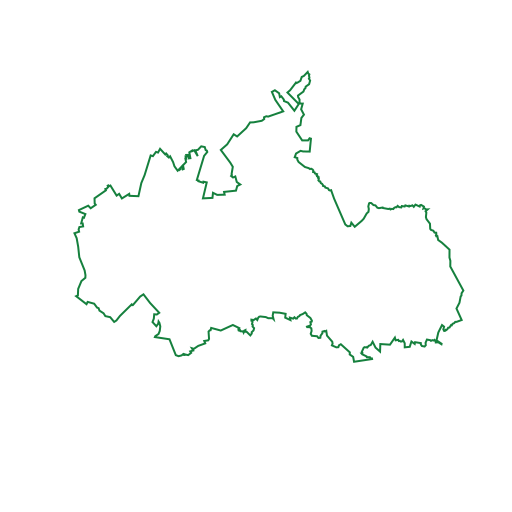 outline of San Luis de la Paz, Guanajuato, Mexico, rotated 68°
{"feature_id": "50627088B5782289806416", "entity_name": "San Luis de la Paz", "entity_type": "district", "adm_level": 2, "iso_a3": "MEX", "parent_name": "Mexico", "parent_adm1": "Guanajuato", "projection": "albers", "projection_center": [-100.461, 21.381], "detail": "fine", "context": "isolated", "style": "outline", "palette": "green", "viewbox_px": 512, "rotation_deg": 68, "n_neighbors": 0, "source": "geoboundaries", "source_scale": "gbopen_adm2", "svg_char_len": 6118}
<svg xmlns="http://www.w3.org/2000/svg" viewBox="0 0 512 512"><g transform="rotate(68 256 256)"><path d="M322.5,356.0L321.5,352.4L319.8,352.7L320.1,349.6L317.5,350.0L318.8,348.4L317.7,343.2L318.0,335.8L315.4,335.8L316.3,331.9L315.3,330.6L308.3,328.3L307.6,326.8L307.8,325.9L305.9,324.5L311.9,316.6L311.3,303.3L316.5,298.6L317.2,299.7L318.5,300.0L318.9,299.6L318.6,298.6L320.0,298.5L321.0,296.3L322.3,296.2L320.8,294.9L320.7,293.6L322.2,294.4L322.7,293.1L327.5,291.0L326.3,289.0L325.0,288.5L324.1,286.2L322.2,284.8L320.1,285.6L318.8,284.8L317.6,285.2L315.8,283.9L314.9,283.8L314.3,284.5L313.3,284.1L314.5,282.2L313.9,279.5L315.8,278.8L314.0,277.0L313.5,275.8L313.7,274.6L316.3,269.8L318.2,268.0L319.9,263.9L321.1,263.4L317.6,262.9L314.7,261.1L317.4,255.4L320.7,250.2L324.1,252.0L328.3,248.1L325.9,247.6L328.0,245.0L327.2,243.3L328.9,242.6L329.3,241.5L328.1,240.0L328.0,238.3L327.3,237.4L327.3,234.3L326.7,231.5L328.5,230.8L329.9,231.1L333.8,228.8L336.9,228.4L337.7,228.9L337.7,230.4L340.0,230.7L340.8,231.9L340.6,235.2L341.1,235.2L342.2,232.7L343.8,231.8L346.3,232.5L348.6,234.4L350.9,234.1L353.3,229.4L355.4,228.8L355.9,227.0L354.0,225.9L352.5,223.4L351.0,222.7L351.2,220.6L351.8,220.4L351.7,218.9L356.4,220.0L364.0,217.4L365.9,217.8L367.3,219.1L370.8,215.7L371.4,213.8L369.9,212.5L369.6,210.4L380.5,205.1L382.4,206.0L385.9,203.7L390.8,204.7L395.0,187.0L394.4,186.9L394.1,187.9L392.5,188.3L391.3,191.2L390.5,191.1L387.0,194.3L386.4,194.5L386.6,194.1L385.6,193.6L384.7,194.0L381.4,190.5L381.2,189.5L382.2,187.8L382.0,187.3L382.5,187.0L381.5,185.1L381.5,182.9L379.2,180.0L385.7,179.5L391.1,176.8L384.2,173.7L388.4,165.0L383.7,157.8L386.5,158.1L387.0,155.5L388.4,155.4L388.7,154.4L389.6,153.8L389.9,152.7L388.9,151.1L392.6,150.8L396.4,152.3L397.8,147.5L393.5,143.9L397.0,141.8L395.5,140.8L398.5,135.8L399.8,136.3L401.6,135.9L403.1,133.6L402.3,132.0L400.0,131.3L397.5,128.8L399.6,125.6L400.2,125.5L400.2,123.7L401.1,122.7L400.7,121.9L402.3,121.3L403.5,121.7L404.3,119.3L407.3,117.1L406.9,116.8L401.8,120.2L395.2,115.6L389.7,109.4L392.0,108.1L394.2,109.8L396.0,109.6L396.2,108.7L395.5,107.9L396.0,107.4L395.5,105.9L394.5,104.7L394.8,103.4L393.1,101.0L393.6,100.5L392.5,99.1L392.5,97.4L391.7,95.9L392.2,94.7L392.4,89.3L379.8,89.8L375.6,84.9L370.2,81.4L369.6,80.3L367.6,79.4L365.7,76.7L338.5,79.8L333.3,77.6L329.9,77.2L322.6,74.2L313.2,78.7L309.4,81.1L305.5,80.4L305.3,81.4L304.2,81.5L303.6,80.7L301.9,80.2L301.2,81.7L299.0,82.1L297.3,84.0L296.1,84.3L291.2,82.6L285.7,84.1L283.6,83.9L279.6,81.8L278.0,82.0L277.1,79.4L276.7,80.6L274.7,82.1L274.7,83.0L273.1,81.8L270.5,83.8L270.4,84.8L271.5,85.7L268.1,88.9L269.5,91.3L267.6,92.0L267.6,93.9L266.8,95.1L267.4,95.6L265.0,98.6L265.8,99.6L264.3,102.1L265.4,103.1L264.3,105.0L262.6,105.9L263.5,107.5L263.0,108.3L263.1,109.8L263.9,111.1L263.2,112.3L263.2,113.9L262.2,114.2L262.0,115.7L259.0,120.4L258.5,120.4L257.7,124.1L256.7,125.4L253.8,126.3L252.8,128.0L250.1,129.3L249.4,130.7L249.5,131.4L252.1,133.3L254.7,133.8L257.2,135.2L258.0,137.4L261.8,142.2L263.0,144.8L265.9,153.5L260.8,155.1L263.5,157.3L262.8,159.9L260.2,161.4L232.0,162.1L223.1,161.7L223.0,162.8L222.3,163.6L220.3,163.9L218.5,166.1L217.3,166.1L216.1,167.6L215.6,167.3L213.8,167.7L212.7,168.6L211.0,168.5L210.6,169.3L209.2,169.8L208.0,168.8L206.9,169.2L206.4,168.4L205.0,169.5L204.4,169.0L203.6,169.5L202.9,168.8L201.6,170.4L200.3,170.4L199.5,171.6L198.1,170.8L196.9,171.2L195.7,172.2L195.6,173.4L194.3,174.2L191.8,177.3L184.8,181.3L182.2,181.6L180.6,181.0L178.9,183.1L176.0,180.5L175.2,175.3L176.7,173.2L179.3,167.1L167.8,161.1L166.9,162.2L168.3,164.4L166.1,169.9L155.8,172.0L151.4,170.1L151.3,165.8L145.0,162.2L142.9,158.6L136.9,159.2L132.2,155.6L131.2,157.9L129.8,158.1L127.2,157.0L124.6,157.4L123.0,157.0L121.3,150.4L119.5,148.8L118.9,147.3L117.6,146.5L116.6,142.4L113.6,140.1L111.4,140.5L110.8,139.7L108.6,139.3L107.6,138.5L106.4,139.2L104.7,139.1L107.0,144.2L107.1,146.5L110.2,149.2L110.8,152.6L110.8,153.8L110.2,154.0L115.1,162.3L116.2,165.6L131.1,159.4L135.7,166.0L125.8,168.9L122.8,172.0L121.4,171.6L117.4,172.7L117.6,174.3L113.8,173.6L109.4,176.4L109.8,179.8L118.5,179.6L132.1,176.6L131.3,192.5L130.3,194.1L130.4,196.6L132.1,197.1L132.8,200.0L131.1,208.4L129.9,211.4L133.8,217.2L138.1,228.7L134.8,231.1L141.7,240.9L144.5,248.9L159.8,244.9L164.6,244.1L171.0,248.0L171.9,248.0L172.5,249.1L174.6,247.9L174.5,245.4L180.2,246.1L183.8,243.8L184.1,247.2L187.9,250.1L184.6,261.6L187.4,262.1L184.8,269.1L181.3,272.2L185.8,274.6L182.7,283.6L169.3,274.1L167.4,276.9L168.3,277.5L165.1,281.4L164.5,281.0L163.4,282.4L143.7,266.6L141.3,262.2L139.9,262.1L139.0,263.0L135.8,262.7L133.8,265.7L135.8,270.1L135.3,272.7L141.6,272.6L134.8,273.7L134.9,275.9L134.3,275.8L134.9,279.0L140.7,280.2L140.3,281.7L136.9,281.0L136.2,282.8L137.8,283.0L137.4,284.0L139.6,284.3L139.3,285.0L142.7,285.6L144.5,289.7L148.2,290.4L148.2,291.5L145.0,290.9L146.2,293.4L147.2,293.6L147.4,294.4L146.5,294.2L147.6,296.7L142.3,298.0L137.9,297.7L131.4,298.3L132.1,299.9L130.2,300.9L129.6,300.1L127.3,300.9L127.9,302.1L120.7,304.8L123.4,308.1L122.0,309.7L124.8,314.2L123.3,316.0L139.3,329.0L145.4,335.0L156.5,342.6L152.8,350.8L150.9,350.3L152.4,358.8L147.1,359.6L147.8,362.6L136.1,364.6L136.2,366.5L135.2,366.6L135.3,367.2L136.6,367.1L137.6,369.3L137.5,370.6L138.9,370.6L142.0,384.1L146.9,385.9L148.5,385.4L149.8,391.4L146.5,392.7L147.1,403.0L148.7,403.2L153.2,398.5L156.1,401.2L155.3,402.1L160.3,405.9L160.9,404.5L163.8,405.2L163.0,408.9L164.9,410.5L167.2,410.9L166.9,415.8L172.3,415.6L180.8,417.4L191.0,420.3L205.2,420.3L209.9,421.3L212.3,422.4L213.8,427.2L219.9,433.2L225.8,435.9L225.9,437.8L237.2,431.2L235.5,429.3L239.6,423.9L244.3,422.7L245.4,421.5L248.0,421.6L252.0,418.8L255.3,418.2L258.1,414.1L264.0,412.2L263.5,409.6L260.6,404.6L254.3,389.4L255.2,389.2L255.4,388.6L250.2,378.6L249.4,374.7L259.9,371.8L272.4,367.0L273.1,369.9L271.9,372.2L275.8,374.2L278.5,376.7L283.8,374.7L282.1,372.0L280.3,370.9L281.8,370.6L285.4,371.1L289.4,373.3L291.8,375.6L292.6,379.4L293.3,380.1L300.8,367.4L317.9,367.5L319.9,365.3L320.3,362.2L319.6,359.9L320.1,359.3L320.8,359.7L321.0,359.3L320.5,359.0L322.5,356.0Z" fill="none" stroke="#15803d" stroke-width="2"/></g></svg>